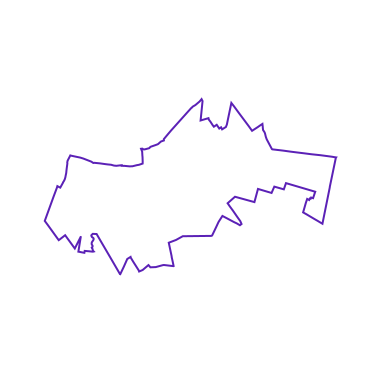 Socodor, Arad, Romania (Albers equal-area conic projection), rotated 241°
{"feature_id": "2599482B92600377447985", "entity_name": "Socodor", "entity_type": "district", "adm_level": 2, "iso_a3": "ROU", "parent_name": "Romania", "parent_adm1": "Arad", "projection": "albers", "projection_center": [21.428, 46.517], "detail": "fine", "context": "isolated", "style": "outline", "palette": "violet", "viewbox_px": 384, "rotation_deg": 241, "n_neighbors": 0, "source": "geoboundaries", "source_scale": "gbopen_adm2", "svg_char_len": 3092}
<svg xmlns="http://www.w3.org/2000/svg" viewBox="0 0 384 384"><g transform="rotate(241 192 192)"><path d="M152.4,334.8L153.3,333.6L154.7,331.9L155.9,330.3L161.9,322.2L167.3,314.5L171.5,308.8L175.7,303.0L179.2,298.2L184.0,291.8L190.4,282.9L190.9,282.7L201.9,282.9L204.4,283.3L208.0,284.3L209.6,284.4L211.7,284.2L213.7,285.0L214.5,285.4L217.4,286.6L217.2,283.8L216.9,281.1L216.4,274.2L222.4,273.5L238.5,271.3L246.4,270.3L250.8,269.6L237.6,258.2L234.1,255.2L232.4,253.1L232.4,252.6L232.2,248.7L234.5,248.8L234.3,246.6L238.8,246.2L238.5,242.8L240.3,242.5L244.5,242.2L246.5,241.9L248.1,241.8L248.2,242.1L248.6,242.2L250.4,234.2L266.4,245.3L268.6,245.4L267.5,242.6L266.4,237.1L266.3,233.8L265.9,233.0L265.8,232.0L263.5,225.3L256.0,203.7L254.2,198.9L251.9,193.0L251.4,192.7L250.7,192.4L251.2,189.4L250.7,187.0L250.4,185.8L250.4,185.0L250.7,183.0L251.6,177.8L251.5,177.0L251.1,176.0L251.1,175.7L252.1,171.7L252.5,170.6L252.8,170.2L253.9,169.7L254.3,168.9L254.5,168.4L251.5,168.0L247.8,166.2L246.6,165.7L242.3,163.5L240.8,162.6L241.5,158.8L242.2,156.8L243.4,152.3L244.0,151.2L244.7,149.8L245.2,149.1L247.6,145.6L249.0,143.2L249.5,143.5L250.2,141.9L251.6,138.5L253.0,136.5L255.1,134.4L256.8,131.9L258.4,129.7L261.5,125.6L264.9,120.7L265.2,119.8L265.5,119.6L267.3,118.7L273.9,113.2L276.3,110.9L277.5,109.5L282.1,104.2L283.0,103.3L282.3,102.3L280.9,100.2L279.7,98.4L278.3,97.2L277.5,96.9L276.4,96.1L274.8,94.9L272.2,93.0L269.6,91.2L267.4,89.3L266.4,88.5L265.2,87.3L264.4,86.4L264.3,86.1L263.7,85.3L262.9,83.8L262.7,83.7L259.7,78.9L260.1,78.6L260.7,78.2L262.4,77.1L261.3,76.0L254.9,68.5L238.6,49.8L238.1,49.2L232.9,49.9L217.7,51.7L214.5,52.1L214.7,53.7L215.7,60.1L199.4,62.1L206.6,72.7L206.5,72.8L194.9,63.7L191.3,68.0L191.0,68.4L192.5,69.6L190.0,73.3L188.1,76.0L187.7,76.8L187.6,77.2L188.3,77.0L188.7,77.0L189.0,77.0L189.8,77.2L190.5,77.4L190.9,77.4L191.4,77.3L191.7,77.4L192.0,77.4L192.3,78.4L192.7,78.7L192.9,78.8L193.0,78.9L193.7,79.0L194.5,78.9L195.1,79.0L196.0,79.5L196.5,80.0L196.9,80.6L197.6,82.1L198.2,82.9L198.7,83.3L199.5,83.4L199.9,83.3L201.0,82.7L202.3,82.7L202.7,82.8L203.0,83.1L203.5,84.9L201.5,88.2L192.0,88.4L175.1,88.8L155.1,89.2L154.9,89.4L159.6,96.0L164.8,102.9L165.0,106.8L164.2,106.6L159.3,106.8L154.4,107.1L149.3,107.4L148.1,107.2L147.9,109.1L147.7,111.0L149.2,118.5L148.8,118.6L146.3,119.1L144.7,122.3L143.9,123.9L142.2,130.9L141.8,132.0L140.3,134.1L138.2,137.0L136.1,139.9L136.1,140.0L140.6,141.4L142.3,141.9L144.0,142.4L145.0,142.7L145.6,143.0L148.5,143.9L152.1,145.0L158.9,147.1L157.8,154.8L157.8,162.5L144.3,187.5L144.2,188.5L149.8,196.4L152.5,200.1L153.1,201.0L156.3,207.0L151.9,209.9L145.1,214.3L142.9,215.9L139.7,217.8L140.0,219.8L143.1,220.1L148.3,219.5L155.5,218.8L160.9,218.1L164.9,217.7L167.0,227.3L152.9,241.7L162.7,251.2L152.6,261.1L156.8,266.6L149.8,273.6L154.2,278.5L132.5,299.9L127.9,294.9L129.4,293.5L128.6,292.5L129.2,291.9L128.2,290.6L130.1,289.4L127.5,286.5L120.3,279.3L116.0,281.9L110.7,285.0L107.8,286.7L106.5,287.5L105.3,288.2L103.2,289.4L101.0,290.7L129.2,314.7L129.8,315.1L152.2,334.4L152.4,334.8Z" fill="none" stroke="#5b21b6" stroke-width="2"/></g></svg>